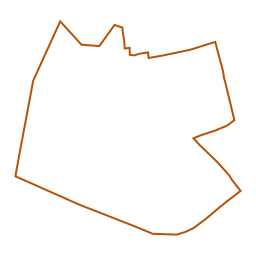 the district of Onitsha South, Anambra, Nigeria
{"feature_id": "59680162B59497895637604", "entity_name": "Onitsha South", "entity_type": "district", "adm_level": 2, "iso_a3": "NGA", "parent_name": "Nigeria", "parent_adm1": "Anambra", "projection": "robinson", "projection_center": [6.781, 6.141], "detail": "fine", "context": "isolated", "style": "outline", "palette": "amber", "viewbox_px": 256, "rotation_deg": 0, "n_neighbors": 0, "source": "geoboundaries", "source_scale": "gbopen_adm2", "svg_char_len": 696}
<svg xmlns="http://www.w3.org/2000/svg" viewBox="0 0 256 256"><path d="M228.9,199.9L240.6,190.9L232.4,180.5L229.2,175.4L217.5,162.3L213.6,158.5L199.6,145.0L193.5,138.3L197.4,136.6L202.0,134.9L209.0,132.6L215.0,130.7L218.7,129.0L226.8,125.8L234.4,120.2L225.4,82.9L224.0,77.6L222.9,70.7L215.2,41.9L189.8,49.9L178.6,52.2L162.8,55.5L148.6,58.0L148.1,52.4L139.2,53.8L134.3,55.4L129.8,54.8L129.6,47.9L124.7,48.5L124.2,40.8L123.0,33.9L122.3,27.5L114.5,25.0L99.3,46.1L81.5,44.7L60.2,21.4L33.2,80.7L31.3,90.9L19.5,153.7L15.4,176.3L78.4,204.3L136.1,226.9L152.8,233.8L176.7,234.6L185.8,231.8L193.8,227.9L199.6,223.5L204.7,219.8L220.3,206.7L228.9,199.9Z" fill="none" stroke="#b45309" stroke-width="2"/></svg>